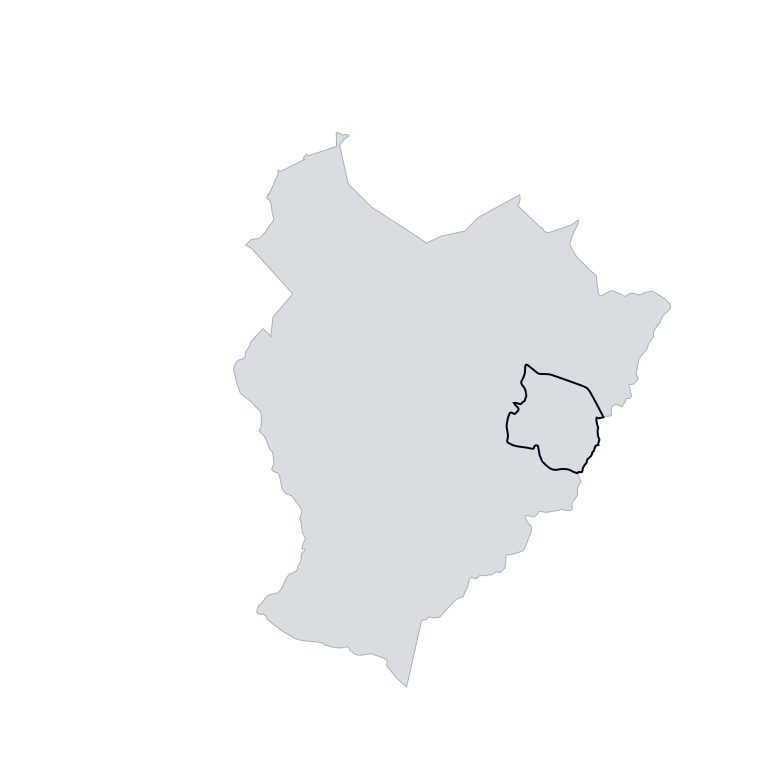 location of Oruro within Bolivia, rotated 223°
{"feature_id": "BOL-1937", "entity_name": "Oruro", "entity_type": "Department", "adm_level": 1, "iso_a3": "BOL", "parent_name": "Bolivia", "parent_adm1": "", "projection": "albers", "projection_center": [-67.639, -18.613], "detail": "fine", "context": "in_parent", "style": "outline", "palette": "ink", "viewbox_px": 768, "rotation_deg": 223, "n_neighbors": 0, "source": "natural_earth", "source_scale": "10m", "svg_char_len": 6120}
<svg xmlns="http://www.w3.org/2000/svg" viewBox="0 0 768 768"><g transform="rotate(223 384 384)"><path d="M166.6,434.5L165.5,425.6L163.9,423.4L161.6,422.0L160.9,420.2L161.6,418.3L166.1,414.6L168.5,413.9L169.1,412.1L177.2,401.5L179.6,399.3L182.5,397.8L183.8,396.6L183.1,392.7L183.3,390.1L184.2,388.5L189.7,385.4L190.3,384.7L190.1,383.8L187.6,381.8L182.7,380.2L179.4,380.4L176.3,377.6L169.7,361.7L168.6,358.0L168.6,356.6L172.9,348.6L177.7,342.3L177.1,340.9L171.7,334.7L170.0,331.8L170.5,325.3L173.6,323.4L175.1,317.7L176.5,316.7L179.4,312.7L183.4,309.1L183.7,304.8L184.9,303.6L188.3,302.2L188.7,301.1L187.9,298.2L186.1,295.1L184.7,293.6L182.8,286.1L180.9,282.4L183.0,278.9L184.2,275.1L184.6,270.8L184.2,251.4L188.4,246.6L190.5,245.6L192.5,243.9L192.3,240.9L195.3,236.8L160.7,177.6L174.1,177.6L188.7,179.6L191.2,180.9L191.7,182.9L193.3,183.8L197.4,183.3L209.2,178.1L210.9,176.5L215.1,170.8L218.4,167.7L221.5,166.5L227.5,166.1L229.4,167.0L231.8,166.9L233.9,163.6L237.1,160.1L243.5,155.6L246.7,154.4L248.7,152.9L252.2,152.7L255.2,151.0L270.0,139.9L275.9,137.0L282.7,135.8L288.0,134.3L301.0,132.8L309.4,132.3L312.1,133.8L315.1,133.4L317.7,131.0L319.9,130.2L321.4,130.3L323.6,133.3L324.7,136.4L323.9,138.8L324.0,142.3L325.0,146.9L324.4,151.0L319.5,158.4L319.1,160.6L319.3,163.7L320.7,168.6L323.2,175.5L323.6,180.5L321.7,183.8L320.8,186.6L320.9,189.0L321.6,190.7L322.7,191.7L323.3,193.6L323.4,196.4L324.9,199.2L327.8,201.9L328.9,204.5L328.3,206.9L328.5,208.4L329.3,209.0L331.2,207.9L332.1,208.1L334.1,211.6L335.4,215.1L335.7,217.2L341.9,219.4L350.1,226.2L353.8,228.1L357.2,235.4L363.4,237.2L375.4,239.2L381.1,237.0L384.9,237.4L388.8,239.1L397.7,245.5L401.3,246.6L404.0,245.1L406.4,244.6L408.3,245.3L410.1,250.6L416.8,256.5L419.4,258.2L422.4,258.2L434.9,263.9L438.2,264.4L441.5,264.1L443.7,265.2L444.5,268.4L449.9,274.9L452.5,277.5L455.6,279.7L463.7,279.9L466.1,280.6L482.6,279.2L488.6,282.2L503.6,291.6L506.6,297.4L507.1,300.6L506.1,303.7L504.7,304.9L504.2,306.9L504.6,309.9L506.9,312.7L508.7,321.9L510.1,323.8L510.3,342.0L498.8,341.9L500.7,343.7L510.9,357.1L512.1,387.7L572.8,392.8L574.3,392.8L578.9,391.4L580.0,391.5L579.4,399.4L574.6,405.3L574.2,407.3L574.5,415.4L575.7,422.1L576.2,428.0L577.9,430.0L583.0,433.4L590.6,439.6L593.7,440.5L596.4,439.9L597.9,442.3L598.0,446.1L604.1,463.9L605.3,466.3L607.3,467.7L606.8,468.5L605.1,468.8L604.3,470.0L595.3,494.1L597.2,494.3L597.4,499.2L595.0,499.5L594.3,500.5L580.8,525.5L590.2,535.1L589.1,536.6L584.2,537.7L581.4,541.2L578.9,541.6L580.0,535.3L579.6,529.7L578.9,528.2L546.8,506.0L513.4,504.9L458.1,514.8L449.1,516.0L442.8,531.6L429.2,550.8L428.6,570.3L413.8,614.9L410.5,612.0L408.1,607.7L407.5,605.7L407.2,605.6L377.3,605.2L375.8,606.0L373.7,606.0L372.1,605.1L370.6,605.1L368.4,605.9L366.4,607.6L355.6,627.8L354.0,635.2L353.4,636.5L351.7,633.9L346.6,618.7L343.8,613.2L340.4,611.5L329.9,608.4L311.1,607.5L305.1,608.1L302.0,607.6L298.8,604.5L291.8,599.0L290.3,597.3L287.6,596.1L286.0,596.0L285.0,597.1L282.2,605.7L280.7,608.0L270.8,611.5L268.2,611.9L266.8,613.9L266.2,616.8L265.0,619.3L258.2,623.2L256.6,624.8L255.9,628.6L250.8,635.2L237.1,637.8L232.5,637.7L229.4,637.4L226.4,635.2L226.0,631.6L226.6,627.8L226.3,622.5L223.8,616.3L224.0,614.3L223.7,611.3L222.4,605.7L219.3,602.8L218.0,593.9L215.3,588.7L214.9,576.5L206.2,562.9L202.6,562.0L201.8,561.1L201.4,559.1L201.5,554.1L204.4,550.5L194.9,544.0L194.3,542.4L194.4,540.9L196.9,538.3L195.2,535.0L195.4,532.0L194.3,530.8L194.4,529.8L195.4,529.0L200.1,528.0L201.5,525.0L201.5,522.5L200.8,520.7L196.5,516.3L196.4,515.5L204.9,504.3L204.7,503.4L203.9,502.4L199.2,499.1L194.1,493.9L190.4,491.3L187.8,488.7L186.4,486.5L185.9,480.5L184.1,474.4L181.6,460.0L179.6,454.6L181.6,451.8L181.5,451.0L173.4,446.9L171.7,440.3L166.6,434.5Z" fill="#d9dde1" stroke="#a8b0b8" stroke-width="1"/><path d="M185.6,485.6L186.7,484.1L187.0,483.4L187.0,482.6L186.8,482.2L184.8,477.9L185.0,477.2L185.1,476.7L185.0,476.2L184.8,475.7L183.9,474.2L183.5,472.3L183.6,470.3L183.8,468.4L183.8,467.5L183.5,466.7L182.2,464.5L182.0,463.8L182.1,461.7L182.1,461.4L181.5,459.8L181.5,459.4L181.4,459.0L181.3,458.1L180.9,457.5L179.8,456.3L179.3,454.5L180.3,453.4L181.7,452.3L181.9,450.6L182.3,450.4L185.0,449.1L189.8,447.7L191.7,446.7L194.8,444.3L196.1,443.0L199.3,438.9L201.3,437.1L201.7,436.9L204.0,435.8L205.2,435.5L209.6,435.1L215.4,435.3L216.5,435.7L219.4,437.2L220.7,437.6L221.5,438.0L228.7,443.4L228.9,443.5L229.1,443.6L229.6,443.6L230.1,443.5L230.9,443.0L231.1,442.7L231.3,442.3L231.4,442.1L231.5,441.7L231.6,441.4L231.5,441.2L231.3,440.5L230.9,439.9L230.8,439.6L230.7,439.3L230.7,438.7L230.9,438.3L231.5,437.7L237.6,433.9L238.5,433.2L243.0,430.0L247.4,427.4L248.2,427.1L253.0,425.7L253.3,425.7L253.7,425.7L254.1,425.8L254.4,425.9L254.6,426.0L255.2,426.5L255.5,426.8L255.7,427.2L256.0,427.6L256.4,428.6L257.1,429.5L257.9,430.6L258.1,430.7L258.9,431.5L264.9,436.2L265.6,436.8L267.5,439.3L270.2,443.7L272.3,448.6L272.0,449.4L271.6,449.7L271.2,450.0L270.7,450.2L268.2,451.0L267.9,451.6L267.7,455.2L267.8,456.1L267.9,456.6L268.1,457.0L268.4,457.3L268.8,457.6L270.0,458.1L270.5,458.2L270.9,458.2L271.9,458.0L272.9,458.0L273.2,458.1L274.0,458.4L274.4,458.5L275.2,458.5L276.0,458.7L275.2,459.7L274.1,460.4L272.4,461.2L271.5,461.8L270.7,462.2L270.3,462.5L270.2,462.8L270.1,463.0L270.2,464.3L270.2,464.9L270.1,465.4L269.7,467.1L269.7,467.6L269.7,468.0L269.8,468.2L269.8,468.3L270.3,469.0L271.5,471.8L271.8,472.3L272.0,472.5L272.5,472.9L275.5,475.3L276.6,476.0L279.8,477.2L282.1,477.4L284.0,478.2L284.6,478.6L285.0,479.1L285.2,479.5L286.8,484.7L286.9,484.9L288.2,487.6L290.0,490.0L292.7,493.2L293.3,494.5L293.3,494.8L293.1,495.2L292.8,495.4L292.3,495.6L291.3,495.8L286.8,496.2L279.1,496.7L278.2,497.0L276.7,497.8L272.3,501.8L269.6,503.8L268.2,504.7L260.6,508.1L249.5,512.9L238.1,517.8L233.2,519.4L231.3,519.4L228.0,518.8L211.3,513.2L201.0,509.5L200.8,509.4L202.4,507.0L203.2,505.8L203.7,505.3L205.2,504.6L205.5,504.4L205.2,503.6L204.6,502.9L203.8,502.2L199.9,499.3L198.6,498.8L197.6,498.2L196.3,496.0L195.5,495.0L192.0,492.0L190.8,491.2L189.1,490.6L188.6,490.3L188.2,489.8L187.3,487.7L186.6,486.5L186.2,486.0L185.6,485.6Z" fill="none" stroke="#020617" stroke-width="2"/></g></svg>